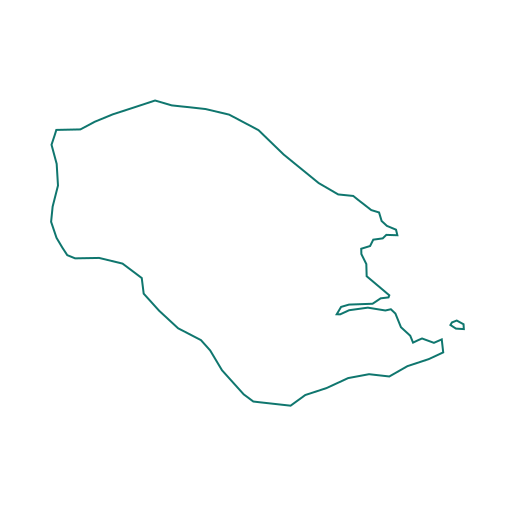 the district of Hamhung City, Hamgyŏng-namdo, North Korea, rotated 275°
{"feature_id": "82179303B86824596043159", "entity_name": "Hamhung City", "entity_type": "district", "adm_level": 2, "iso_a3": "PRK", "parent_name": "North Korea", "parent_adm1": "Hamgyŏng-namdo", "projection": "orthographic", "projection_center": [127.611, 39.908], "detail": "fine", "context": "isolated", "style": "outline", "palette": "teal", "viewbox_px": 512, "rotation_deg": 275, "n_neighbors": 0, "source": "geoboundaries", "source_scale": "gbopen_adm2", "svg_char_len": 1257}
<svg xmlns="http://www.w3.org/2000/svg" viewBox="0 0 512 512"><g transform="rotate(275 256 256)"><path d="M398.5,168.8L398.7,158.9L402.1,141.9L393.3,121.4L384.6,100.9L375.7,83.7L366.8,70.0L364.2,46.1L359.1,45.0L349.0,42.6L330.4,49.4L308.9,52.6L287.5,49.1L272.2,48.9L256.7,55.7L247.4,62.4L240.4,67.9L237.9,76.0L240.4,99.9L236.8,123.7L224.1,144.1L208.7,147.4L193.0,164.3L177.2,184.7L167.4,208.5L157.9,218.6L139.2,232.1L126.6,245.6L117.1,255.8L110.8,266.0L110.6,272.8L109.9,303.5L121.8,317.2L130.6,337.8L142.4,358.4L148.1,378.9L147.6,399.3L159.5,416.5L168.3,437.0L176.3,450.9L189.1,448.3L185.0,440.8L188.3,428.6L186.3,424.9L183.4,420.0L190.0,416.6L197.7,406.6L210.8,399.9L214.7,395.0L213.0,389.6L214.3,371.9L210.1,353.5L205.2,344.9L205.0,341.5L212.7,345.2L215.7,352.9L218.6,376.3L224.7,383.9L226.3,391.6L228.5,392.2L230.1,389.9L245.5,368.0L257.6,366.6L267.1,360.8L272.4,360.2L275.9,368.8L282.5,371.4L284.6,380.7L288.4,384.0L289.0,395.0L294.4,393.2L297.4,383.8L301.8,378.1L310.1,374.8L311.8,366.8L320.9,352.7L324.3,347.6L324.5,332.5L334.1,312.1L359.5,274.7L381.6,247.5L394.5,216.9L398.0,193.0L398.4,176.0L398.5,168.8ZM206.1,468.7L209.2,461.6L206.9,457.0L204.2,455.7L201.1,461.5L201.3,469.4L206.1,468.7Z" fill="none" stroke="#0f766e" stroke-width="2"/></g></svg>